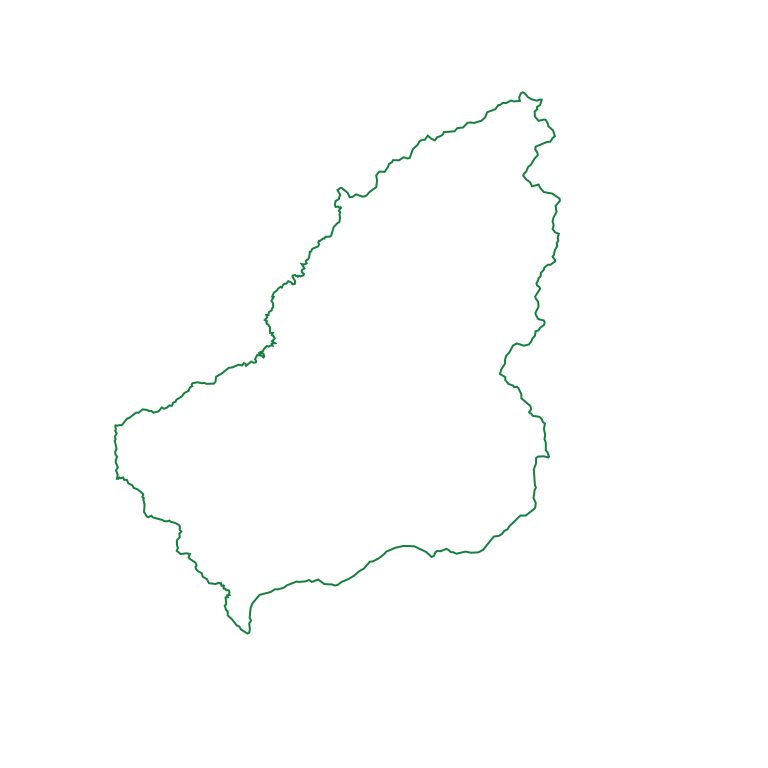 Pang Mapha, Mae Hong Son, Thailand, rotated 60°
{"feature_id": "78962969B96104759744449", "entity_name": "Pang Mapha", "entity_type": "district", "adm_level": 2, "iso_a3": "THA", "parent_name": "Thailand", "parent_adm1": "Mae Hong Son", "projection": "robinson", "projection_center": [98.144, 19.592], "detail": "fine", "context": "isolated", "style": "outline", "palette": "green", "viewbox_px": 768, "rotation_deg": 60, "n_neighbors": 0, "source": "geoboundaries", "source_scale": "gbopen_adm2", "svg_char_len": 6165}
<svg xmlns="http://www.w3.org/2000/svg" viewBox="0 0 768 768"><g transform="rotate(60 384 384)"><path d="M332.5,662.7L333.3,661.4L332.6,659.9L333.8,659.4L334.5,656.7L337.2,656.8L338.4,654.6L342.1,655.1L345.8,652.7L348.8,652.7L352.3,649.9L358.3,647.7L359.5,647.8L360.8,649.7L362.9,649.1L363.5,650.1L368.8,651.7L374.8,655.8L379.9,655.7L381.5,654.8L381.8,651.3L383.8,651.0L391.1,643.8L392.9,642.8L394.4,640.8L395.0,638.1L396.4,637.8L400.4,633.9L403.9,632.0L405.7,632.1L408.0,633.8L410.6,633.4L411.3,636.1L414.4,637.3L415.8,641.5L420.3,644.0L422.9,644.4L424.8,646.9L429.7,645.0L431.9,639.5L434.2,637.1L436.1,639.7L438.1,639.7L444.5,636.6L447.4,637.0L448.4,638.9L450.6,639.3L453.1,638.7L456.5,636.5L460.4,637.3L464.5,634.9L469.0,635.2L473.1,629.7L473.4,626.9L474.6,626.0L474.8,624.8L477.6,625.6L478.1,623.7L478.8,623.5L480.1,624.9L481.2,625.1L482.1,623.6L483.6,623.8L485.2,621.5L487.2,622.0L488.1,623.3L489.5,623.3L488.6,625.6L490.6,625.9L489.7,628.0L495.7,630.6L496.3,632.7L500.6,633.7L502.8,633.0L506.3,635.1L511.3,633.4L519.6,632.2L521.6,630.6L525.0,630.6L531.9,627.0L531.9,625.0L529.2,622.7L524.0,620.5L522.3,617.3L519.4,617.3L511.4,611.6L508.3,607.8L504.4,597.3L507.5,586.1L507.2,581.2L508.8,578.7L510.3,572.6L509.8,568.7L511.4,558.2L512.9,556.7L515.7,550.5L516.4,546.8L519.3,545.5L520.5,538.7L527.5,535.6L531.5,529.4L534.1,527.1L534.8,524.5L534.2,519.8L535.2,512.1L535.0,505.5L533.7,498.7L533.8,493.6L530.8,485.2L532.1,482.3L532.3,475.9L531.5,469.1L530.3,465.8L531.5,456.0L534.1,447.8L539.8,438.8L550.7,431.4L557.5,429.3L557.8,426.7L555.5,423.8L555.1,421.7L557.2,418.4L557.9,412.6L559.9,411.1L562.8,410.3L564.3,408.2L567.2,406.1L569.9,397.2L573.5,393.2L576.9,386.7L577.2,381.2L571.0,365.2L572.9,360.5L572.9,357.0L571.4,353.3L571.6,349.7L569.9,346.6L566.1,331.5L568.8,327.2L567.2,316.1L566.5,314.6L562.7,312.0L557.6,311.6L551.3,306.7L549.7,304.3L546.9,303.8L532.9,297.0L528.7,291.9L524.3,289.4L523.8,287.1L526.4,281.9L529.8,278.4L529.6,277.5L524.9,276.5L522.3,277.0L515.7,273.2L512.0,272.6L508.9,270.0L502.6,267.8L498.7,264.4L496.6,265.4L493.6,265.0L490.2,265.7L485.8,271.2L483.4,271.2L482.2,272.2L481.0,272.5L479.4,269.2L476.1,268.2L465.1,272.2L461.8,270.2L454.8,269.7L452.9,270.2L451.8,272.9L449.7,273.1L446.2,276.2L441.1,277.0L438.8,275.5L433.2,278.6L429.8,274.8L426.8,268.8L423.8,267.3L420.7,264.2L419.4,259.9L415.2,253.0L415.3,248.6L420.7,243.8L422.2,238.8L421.0,235.5L418.9,232.8L417.7,229.2L414.1,226.3L414.8,223.5L413.3,220.2L412.8,215.7L410.9,214.0L408.8,213.9L404.9,218.0L399.3,217.9L398.2,217.3L394.1,211.3L389.5,209.4L385.7,209.9L383.8,209.3L379.5,201.1L377.9,200.9L375.1,202.2L373.0,201.6L370.9,198.1L369.6,197.3L369.1,194.6L366.2,192.6L365.0,188.5L363.3,186.9L362.7,182.3L363.9,180.4L363.4,174.4L361.9,173.8L358.0,174.4L357.0,172.2L353.4,169.0L351.3,165.2L348.3,163.9L347.2,161.5L343.8,160.2L341.4,157.5L338.3,159.9L334.1,160.5L331.3,157.6L327.6,156.8L324.6,154.0L321.3,148.6L315.5,146.3L313.4,140.2L311.2,139.2L303.1,143.2L297.7,149.6L292.5,150.7L288.6,150.4L286.8,156.9L282.4,156.6L278.1,158.5L273.2,159.3L271.7,157.3L271.2,154.7L268.1,150.7L267.6,147.2L264.2,141.2L262.7,136.3L260.8,135.6L256.3,135.7L254.3,134.0L255.8,122.3L257.3,118.7L255.3,115.1L254.8,112.1L248.9,110.8L242.9,112.8L240.3,111.9L236.1,111.9L235.0,113.1L233.4,118.5L227.9,119.6L223.3,117.3L222.7,113.9L220.6,113.0L220.4,109.3L216.6,105.3L215.6,106.9L215.1,110.0L211.0,114.0L207.8,115.8L202.1,116.9L200.7,118.2L200.6,120.1L203.6,123.8L206.7,124.8L204.3,130.1L202.0,132.4L201.8,137.7L199.9,140.5L200.4,143.8L199.6,145.5L201.7,150.1L200.2,158.8L203.6,162.9L204.7,167.9L202.9,175.7L200.8,178.2L199.6,181.0L201.4,187.2L199.1,192.6L200.4,196.6L195.8,206.2L197.3,208.4L197.6,211.0L196.9,214.6L198.4,218.1L195.5,220.3L190.8,221.9L192.9,226.5L191.7,228.8L191.4,231.6L193.7,235.4L195.0,241.4L201.1,248.8L200.5,250.9L197.4,253.6L197.8,259.0L194.7,264.3L195.9,266.3L196.0,269.8L198.2,272.3L200.6,277.4L197.7,281.9L199.4,286.4L204.0,288.1L209.6,292.2L210.6,301.2L211.9,304.2L212.0,306.5L211.0,308.9L205.8,313.4L206.2,317.7L205.0,320.4L200.1,319.9L193.0,322.6L192.5,323.5L192.7,327.3L198.6,327.4L199.2,328.8L201.3,330.7L201.4,334.5L204.3,337.0L206.5,337.3L207.4,335.1L208.7,334.7L209.2,333.2L209.9,333.2L211.4,336.5L213.4,336.1L214.7,337.6L218.5,339.2L221.5,341.8L221.3,343.5L223.0,349.2L229.1,355.5L229.4,357.1L227.5,360.5L227.6,362.2L228.3,362.9L227.5,364.0L228.1,368.1L227.4,368.8L228.7,370.2L230.6,370.4L231.9,372.3L231.1,378.4L232.8,381.1L232.4,382.1L236.7,385.3L238.0,387.3L238.2,390.1L240.9,390.7L240.6,393.3L239.0,395.3L244.1,395.1L244.3,397.8L245.2,398.9L246.6,399.1L248.5,398.2L249.6,399.4L249.2,402.3L247.8,403.4L248.0,404.9L247.0,404.8L246.6,406.2L245.2,406.5L244.4,408.9L244.9,409.5L250.8,409.6L252.7,411.2L251.8,413.4L249.6,413.6L247.1,415.5L248.3,418.4L247.5,420.2L247.6,421.7L249.4,424.3L248.2,425.0L248.3,427.4L249.5,430.1L249.8,433.5L251.4,435.9L252.5,437.1L253.4,436.0L255.7,439.9L258.6,439.8L262.1,441.5L262.6,443.1L264.0,444.4L264.3,448.0L266.6,449.6L265.3,451.5L267.8,451.8L268.9,455.2L271.2,453.9L271.9,455.2L273.2,455.5L274.8,454.3L276.0,454.8L277.7,454.3L282.7,457.1L284.2,454.6L285.5,456.7L287.3,455.7L290.1,455.9L290.9,459.5L294.0,458.1L292.8,461.0L295.1,461.3L294.0,462.7L294.0,465.1L292.5,466.4L293.5,470.3L294.9,472.3L294.5,476.5L295.6,476.5L296.3,473.9L297.6,473.3L300.2,473.9L300.8,475.0L298.2,475.9L295.5,479.3L298.0,483.2L300.5,483.3L301.2,484.1L300.6,486.1L298.2,487.8L299.3,494.4L297.1,494.0L295.8,495.0L297.0,497.7L294.6,500.1L293.8,506.9L292.4,510.3L293.8,519.5L293.7,525.7L297.9,528.9L298.6,531.2L295.2,537.5L293.2,539.2L292.1,541.6L289.2,544.7L287.6,549.4L288.2,550.8L290.0,551.1L290.0,553.9L292.3,556.8L291.9,561.2L293.6,565.1L293.9,571.8L295.2,573.4L294.6,575.9L296.8,578.7L295.2,580.7L295.9,583.7L295.5,586.8L293.2,588.2L295.0,592.8L293.6,598.1L291.2,598.8L289.9,601.1L288.2,601.9L285.3,605.7L286.2,611.1L284.8,612.9L286.0,621.3L285.5,623.8L288.6,631.8L287.5,633.3L286.8,635.8L285.6,637.1L286.7,638.1L288.9,638.7L290.2,640.2L293.0,640.1L294.9,643.2L297.8,644.2L298.5,645.5L306.7,648.2L308.4,650.8L310.7,651.8L313.5,651.5L315.9,654.4L317.9,655.6L323.1,656.1L324.8,659.3L329.3,659.9L332.5,662.7Z" fill="none" stroke="#15803d" stroke-width="2"/></g></svg>